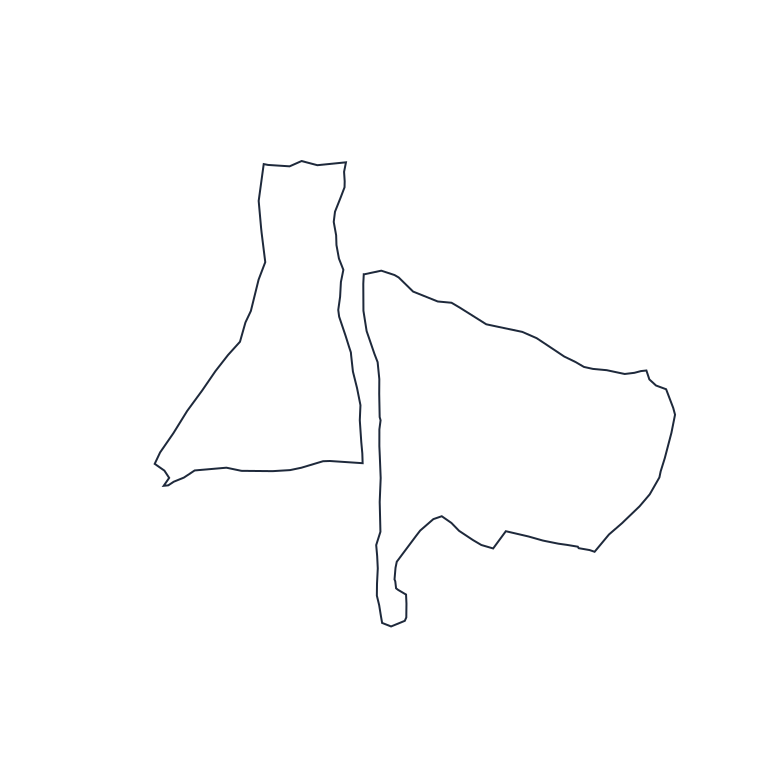 outline of Luxor, Qina, Egypt, rotated 330°
{"feature_id": "37247803B96963536963151", "entity_name": "Luxor", "entity_type": "district", "adm_level": 2, "iso_a3": "EGY", "parent_name": "Egypt", "parent_adm1": "Qina", "projection": "mercator", "projection_center": [32.656, 25.722], "detail": "fine", "context": "isolated", "style": "outline", "palette": "slate", "viewbox_px": 768, "rotation_deg": 330, "n_neighbors": 0, "source": "geoboundaries", "source_scale": "gbopen_adm2", "svg_char_len": 2123}
<svg xmlns="http://www.w3.org/2000/svg" viewBox="0 0 768 768"><g transform="rotate(330 384 384)"><path d="M618.0,503.5L613.0,501.3L606.4,499.5L597.5,495.7L592.9,491.6L583.8,483.4L572.5,475.4L565.7,469.2L560.9,460.8L553.8,450.3L547.4,437.3L539.1,420.6L529.8,408.0L511.5,391.6L502.4,383.4L487.9,355.9L484.7,350.2L483.1,347.4L471.8,339.4L455.4,318.5L450.0,299.1L447.6,294.9L438.3,284.5L421.4,279.0L421.3,278.9L416.2,286.8L402.8,310.3L395.4,329.5L394.0,336.7L390.8,353.0L389.4,361.9L382.4,377.4L375.0,390.0L363.7,410.5L362.9,413.7L357.3,421.0L348.9,435.5L344.7,443.6L334.1,463.8L321.3,484.0L309.8,505.1L307.0,510.2L296.7,519.6L292.0,529.7L286.4,540.6L278.0,553.6L272.0,563.7L269.2,573.2L265.2,583.7L262.9,590.0L263.0,590.1L268.9,597.5L279.1,598.9L283.6,599.5L286.6,597.3L289.2,592.9L293.6,585.5L297.8,577.4L295.4,573.1L293.3,569.4L292.3,567.0L295.1,560.5L295.4,558.5L302.1,548.9L306.2,544.3L335.8,531.6L342.1,529.0L359.2,525.7L367.9,527.4L372.9,538.0L375.6,548.7L383.0,563.6L387.8,572.1L396.3,581.0L415.9,572.4L431.3,586.8L433.0,588.4L436.4,591.9L443.2,598.9L445.2,600.7L455.2,609.5L462.0,614.8L470.5,621.8L470.5,623.5L479.0,630.6L482.5,634.6L503.6,626.8L520.8,623.5L523.9,622.7L544.2,617.7L559.0,612.4L575.8,602.6L579.9,598.0L590.1,588.6L608.5,570.0L620.7,556.1L622.5,549.4L625.7,529.6L618.8,521.3L616.1,512.7L618.0,503.5ZM461.9,173.0L435.7,161.2L424.1,149.7L411.1,148.3L402.1,142.3L393.1,136.3L389.8,133.4L367.0,162.8L355.5,187.6L353.6,191.9L342.1,219.1L327.6,230.9L305.2,254.2L294.8,261.4L280.4,275.4L263.4,280.9L244.4,288.6L223.3,298.7L200.1,308.9L177.0,321.3L155.9,331.3L145.5,338.5L150.5,349.2L151.0,357.9L142.3,362.0L146.5,363.9L153.0,363.5L163.9,365.0L176.8,364.2L205.7,377.7L217.1,387.9L244.0,403.8L259.6,411.6L270.6,415.2L292.6,420.4L298.6,423.6L325.9,441.9L330.5,433.3L335.3,422.9L344.9,403.3L353.0,390.6L358.6,374.1L363.3,357.7L369.8,342.9L371.1,340.1L372.3,334.4L374.8,323.2L378.8,303.3L381.4,297.0L389.6,286.5L397.7,274.1L405.9,264.8L407.7,252.8L412.3,239.9L416.9,231.3L421.5,218.5L427.7,210.3L440.1,200.5L448.2,193.9L451.3,188.8L455.5,180.3L461.9,173.0Z" fill="none" stroke="#1e293b" stroke-width="2"/></g></svg>